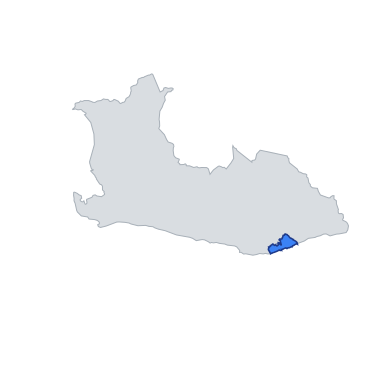 Caraveli, Arequipa, Peru (highlighted), rotated 308°
{"feature_id": "86281439B24627039816812", "entity_name": "Caraveli", "entity_type": "district", "adm_level": 2, "iso_a3": "PER", "parent_name": "Peru", "parent_adm1": "Arequipa", "projection": "natural_earth1", "projection_center": [-73.996, -15.752], "detail": "fine", "context": "in_parent", "style": "filled", "palette": "blue", "viewbox_px": 384, "rotation_deg": 308, "n_neighbors": 0, "source": "geoboundaries", "source_scale": "gbopen_adm2", "svg_char_len": 7734}
<svg xmlns="http://www.w3.org/2000/svg" viewBox="0 0 384 384"><g transform="rotate(308 192 192)"><path d="M261.8,112.6L261.8,113.6L260.6,114.1L259.6,113.4L258.1,113.6L255.8,111.2L250.3,111.6L247.9,114.4L244.3,115.0L240.4,116.3L235.9,116.9L228.9,121.4L227.3,123.2L224.1,125.9L221.5,126.8L220.2,134.9L217.7,139.7L216.7,142.4L218.1,146.3L218.1,148.2L216.6,149.8L215.5,150.0L213.1,151.6L209.5,155.3L208.9,158.0L210.0,161.7L209.6,162.1L206.7,162.8L206.7,164.9L206.1,165.7L208.6,168.6L210.0,169.3L210.1,170.0L209.9,170.8L209.3,171.1L209.3,171.7L211.1,173.9L212.4,178.3L215.0,180.4L215.0,181.8L215.8,183.2L217.1,184.3L220.3,188.6L220.3,190.7L217.0,195.3L222.5,195.3L228.5,196.9L229.3,197.6L230.0,199.8L230.1,201.1L231.3,202.2L231.2,204.8L239.1,204.8L244.1,204.2L252.4,196.4L253.7,195.7L253.0,197.4L252.9,198.7L253.4,200.0L252.4,201.9L252.3,220.9L253.8,219.9L255.7,221.7L257.1,221.8L261.7,219.6L266.9,220.0L279.0,244.8L278.0,246.5L278.0,247.7L276.5,248.8L275.0,250.8L274.9,260.7L273.6,263.7L274.3,265.2L274.9,268.4L276.1,270.3L276.3,271.5L276.2,271.9L274.5,273.0L274.4,274.8L271.3,278.3L270.7,280.7L269.6,281.5L269.4,284.2L272.1,288.6L270.3,291.2L268.7,295.0L271.4,303.2L272.5,304.4L273.7,304.3L275.6,305.0L276.5,306.2L274.3,307.8L273.9,308.4L274.0,311.1L271.6,313.1L268.3,318.2L267.4,318.5L265.8,320.0L265.5,320.8L265.7,321.6L267.1,323.1L267.3,324.9L264.9,327.3L263.2,327.5L262.6,328.1L263.3,331.3L263.3,332.7L262.7,334.4L261.6,336.2L258.0,338.1L254.9,338.4L249.5,333.7L247.8,331.8L242.4,327.8L241.6,323.6L239.8,321.6L236.5,320.0L233.9,317.9L231.9,316.9L227.1,312.2L222.6,310.7L214.4,305.7L209.9,304.0L204.2,299.4L201.1,298.1L198.6,296.0L191.1,291.4L189.9,289.9L188.8,287.6L187.1,286.3L185.2,283.2L182.4,281.3L179.7,278.9L176.4,272.4L174.9,270.9L174.7,267.9L173.7,266.6L175.3,265.6L176.3,261.0L175.7,258.7L171.9,252.5L171.2,249.9L168.4,245.2L167.3,242.3L165.1,240.2L164.2,238.4L162.9,237.7L162.9,235.5L162.0,231.3L160.8,229.3L156.3,225.3L155.9,221.1L154.9,218.1L148.6,206.2L145.0,194.7L142.0,188.3L140.8,184.6L140.6,182.6L138.4,179.2L137.2,176.1L132.1,170.1L129.2,163.5L128.8,161.5L126.8,157.8L123.6,153.1L122.0,151.2L112.3,145.3L107.7,141.7L107.2,139.9L107.4,138.8L108.4,137.8L109.8,138.6L110.6,138.2L111.3,136.9L111.3,134.9L110.4,132.4L107.3,127.5L108.1,125.2L105.0,119.5L105.7,114.0L106.4,112.6L111.1,106.9L112.4,104.5L114.4,103.0L116.4,100.8L118.9,99.0L119.6,99.6L120.3,102.6L120.2,104.6L120.9,106.9L119.2,108.9L117.3,108.5L116.6,109.0L116.3,109.9L116.6,111.5L117.1,112.1L118.5,112.2L116.7,115.1L116.8,115.7L118.1,116.2L119.3,115.5L120.7,113.8L121.5,113.6L126.2,116.4L128.4,116.1L130.1,117.4L130.3,119.5L132.6,123.6L136.2,124.6L136.7,124.3L137.5,122.8L138.3,122.5L138.5,120.2L141.5,117.8L142.0,116.1L141.5,115.0L141.6,114.0L143.4,108.6L144.0,108.1L144.5,106.3L145.2,105.3L146.2,99.2L147.0,99.2L147.8,100.7L148.8,100.3L148.3,98.9L148.4,98.4L151.8,93.6L152.9,92.6L169.2,85.9L177.3,79.0L184.5,69.4L186.7,59.7L187.6,60.4L188.9,60.1L188.5,56.2L188.8,54.3L188.7,53.8L186.5,51.5L185.6,48.9L183.6,47.4L183.7,46.9L185.8,47.4L187.7,47.2L189.3,45.6L190.5,45.7L193.1,47.9L195.1,48.1L195.7,49.7L197.7,50.8L200.4,54.2L201.6,57.8L201.6,58.5L202.8,60.4L205.4,61.4L208.1,64.0L210.8,64.9L212.0,67.3L212.8,68.1L213.2,69.5L212.7,71.1L213.1,72.0L215.2,73.4L216.9,73.5L217.3,74.2L218.2,78.2L217.6,80.2L217.8,81.3L220.1,82.3L220.8,83.2L222.6,83.3L225.2,82.5L228.3,83.7L230.8,83.3L231.9,82.9L233.0,82.1L234.0,82.1L236.5,79.5L237.2,79.3L239.9,80.4L242.1,82.2L244.9,81.9L246.0,80.8L248.0,80.2L251.7,82.3L252.5,83.4L253.4,83.5L257.3,85.7L258.0,86.6L260.1,87.4L260.5,88.1L260.4,88.9L251.2,105.3L254.1,106.7L256.7,105.9L258.1,106.9L259.1,109.6L261.1,111.4L261.8,112.6Z" fill="#d9dde1" stroke="#a8b0b8" stroke-width="1"/><path d="M216.6,298.8L216.4,298.7L216.3,298.2L216.2,298.0L216.3,297.8L216.3,297.4L216.3,297.1L216.3,296.9L216.5,296.3L216.5,296.1L216.6,295.7L216.8,295.4L216.9,295.1L216.9,294.9L216.8,294.5L216.8,294.2L216.7,293.9L216.9,293.6L217.0,293.1L216.8,292.8L216.8,292.7L216.6,292.4L216.4,292.0L216.5,291.8L216.4,291.7L216.3,291.2L216.1,291.1L215.9,291.1L215.6,291.1L215.2,291.3L215.1,291.1L214.8,291.0L214.5,291.2L214.3,291.0L214.1,290.8L213.9,290.8L214.0,290.7L213.8,290.5L213.3,290.9L213.0,290.9L212.6,291.1L212.2,291.3L211.7,291.2L211.5,291.5L211.3,291.5L210.9,291.5L210.7,291.7L210.5,291.8L210.3,291.7L210.1,291.5L209.9,291.3L209.5,290.9L209.3,290.5L209.2,290.3L209.2,290.2L208.8,290.0L208.3,290.0L208.0,290.0L207.8,290.2L207.8,290.3L207.9,290.5L207.9,290.9L207.9,291.0L208.0,291.2L207.9,291.4L208.0,291.5L207.9,291.7L207.9,291.8L207.7,291.8L207.6,292.0L207.4,292.0L207.2,292.3L206.9,292.6L206.9,292.8L206.8,293.0L206.6,293.3L206.4,293.4L206.2,293.6L206.0,293.9L205.9,294.2L205.9,294.3L205.7,294.6L205.3,294.9L205.2,294.9L205.0,294.7L205.0,294.3L205.1,294.1L205.1,293.9L205.1,293.6L205.3,293.4L205.1,293.0L205.1,292.9L205.3,292.8L205.6,292.6L205.6,292.2L205.6,291.9L205.4,291.5L205.3,291.2L205.2,291.3L205.2,291.2L204.9,291.1L204.6,291.3L204.4,291.4L204.3,291.5L204.1,291.6L204.1,291.9L204.1,292.0L204.0,292.3L203.9,292.5L203.6,292.6L203.3,292.6L203.1,292.5L202.9,292.5L202.7,292.5L202.6,292.4L202.4,292.4L202.1,292.4L201.9,292.2L202.1,292.0L201.8,291.8L201.7,291.5L201.7,291.4L201.7,291.1L201.8,290.7L202.0,290.5L201.8,290.5L201.6,290.4L201.5,290.2L201.4,290.2L201.0,290.1L200.9,289.9L200.6,289.7L200.7,289.2L200.9,288.8L200.8,288.6L200.8,288.4L200.7,288.3L200.9,288.1L200.7,287.6L200.4,287.5L200.1,287.5L199.8,287.6L199.5,287.4L199.3,287.3L199.2,287.2L198.9,287.1L198.6,287.0L198.4,287.0L198.2,287.1L197.9,287.2L197.6,286.8L197.3,287.0L197.0,286.9L196.9,286.9L196.8,287.0L196.6,287.0L196.4,287.0L196.3,286.9L196.2,286.7L195.9,286.6L195.8,286.3L195.7,286.4L195.5,286.5L195.4,286.7L195.1,287.0L194.5,287.2L194.4,287.2L194.2,287.2L194.1,287.3L193.9,287.6L193.6,287.7L193.6,287.8L193.3,288.1L193.3,288.5L193.0,288.8L193.0,289.3L193.0,289.6L192.8,289.9L192.6,289.9L192.5,290.1L192.4,290.2L192.3,290.4L192.3,290.7L192.3,290.9L192.1,291.3L191.9,291.7L191.7,291.8L191.6,292.0L191.9,292.1L192.1,292.2L192.5,292.2L192.7,292.3L192.8,292.5L193.0,292.6L193.2,292.8L193.3,292.8L193.6,292.9L194.1,293.2L194.3,293.4L194.6,293.7L194.6,293.8L194.5,294.0L194.6,293.9L195.2,294.0L195.8,294.3L196.2,294.6L196.8,295.0L197.8,295.5L198.6,295.9L198.9,296.0L199.3,296.1L199.7,296.3L199.9,296.4L199.8,296.6L199.9,296.9L200.0,297.0L200.2,297.5L200.3,297.7L200.4,297.8L200.7,298.0L200.8,298.1L201.0,298.1L201.3,298.2L201.3,298.3L201.4,298.2L201.4,298.3L201.5,298.3L201.8,298.4L201.9,298.2L201.9,298.3L202.0,298.3L202.2,298.2L202.4,298.2L202.7,298.5L202.8,298.6L202.8,298.8L203.0,298.9L203.2,299.0L203.3,299.0L203.6,299.1L203.8,299.2L204.0,299.3L205.4,300.1L205.6,300.2L205.6,300.3L205.8,300.7L205.8,300.8L205.7,300.9L205.7,301.1L205.8,301.1L205.9,301.4L206.1,301.3L206.2,301.5L206.3,301.4L206.5,301.6L206.7,301.8L206.8,302.0L207.0,302.1L207.2,302.3L207.5,302.4L207.5,302.5L207.8,302.7L207.8,302.8L207.9,303.0L208.2,303.1L208.4,303.3L208.9,303.5L209.3,303.6L209.6,303.8L209.9,303.9L210.0,304.1L210.3,304.3L210.3,304.5L210.5,304.4L210.8,304.5L211.0,304.6L211.4,304.5L211.5,304.6L211.8,304.7L212.1,304.8L212.1,304.7L212.4,304.9L212.5,304.9L212.6,305.0L213.0,305.2L213.2,305.3L213.3,305.3L213.5,305.3L214.3,305.6L214.5,305.8L214.8,305.9L215.2,306.0L215.4,306.2L215.5,306.2L215.6,306.4L215.7,306.5L215.6,306.8L215.8,307.1L215.8,307.3L215.9,307.2L216.0,307.0L216.0,306.9L216.3,306.6L216.5,306.5L216.6,306.1L216.7,305.8L216.7,305.7L216.8,305.7L216.8,305.4L217.0,305.4L217.1,304.4L217.1,304.1L217.0,303.7L217.0,303.3L217.0,303.1L216.8,302.7L216.8,302.1L216.8,301.8L216.7,301.7L216.6,301.4L216.5,300.8L216.6,300.7L216.8,300.7L216.7,300.5L216.8,300.2L216.7,300.0L216.7,299.6L216.7,299.4L216.6,299.1L216.7,298.9L216.6,298.8Z" fill="#3b82f6" stroke="#1e3a8a" stroke-width="1.5"/></g></svg>